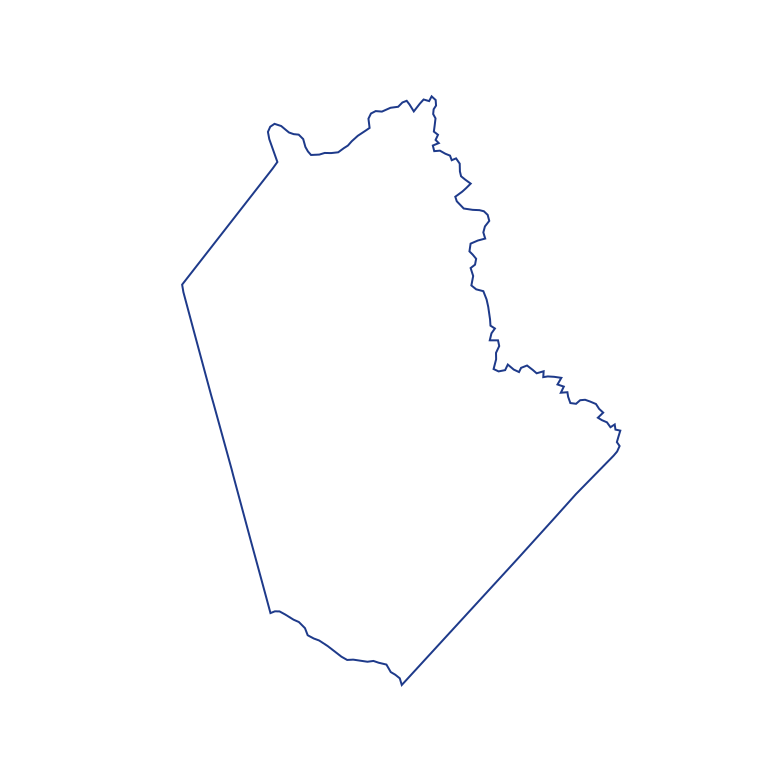 Presidente Sarney, Maranhão, Brazil (Mercator projection), rotated 156°
{"feature_id": "56859067B79345146659872", "entity_name": "Presidente Sarney", "entity_type": "district", "adm_level": 2, "iso_a3": "BRA", "parent_name": "Brazil", "parent_adm1": "Maranhão", "projection": "mercator", "projection_center": [-45.415, -2.592], "detail": "fine", "context": "isolated", "style": "outline", "palette": "blue", "viewbox_px": 768, "rotation_deg": 156, "n_neighbors": 0, "source": "geoboundaries", "source_scale": "gbopen_adm2", "svg_char_len": 2242}
<svg xmlns="http://www.w3.org/2000/svg" viewBox="0 0 768 768"><g transform="rotate(156 384 384)"><path d="M398.3,626.0L528.0,556.9L529.9,549.5L536.2,509.7L546.4,444.5L547.8,434.8L557.9,367.9L558.9,362.0L569.2,296.5L575.1,258.1L578.3,237.4L580.9,220.9L576.1,220.7L571.9,218.7L568.0,213.6L562.5,205.5L558.6,201.2L555.5,193.1L555.9,185.5L551.7,180.1L547.6,176.1L542.1,167.6L533.8,152.2L529.9,146.9L524.2,144.7L512.1,137.0L506.3,135.3L502.3,131.6L495.9,126.7L495.0,118.1L492.0,113.9L489.3,108.7L490.2,101.8L334.6,169.3L281.2,192.9L253.3,205.4L203.5,225.1L198.5,227.5L194.0,231.5L194.9,236.2L191.0,240.8L187.1,245.3L191.1,248.2L189.7,253.2L194.7,252.4L195.9,258.3L199.6,262.3L202.3,266.2L195.4,268.7L197.6,273.8L198.5,279.5L202.9,284.2L206.7,287.8L211.4,289.4L216.6,287.8L221.5,290.8L221.0,297.4L219.8,301.9L226.0,304.1L220.8,308.5L225.7,313.0L219.5,317.5L225.7,321.4L231.3,324.3L235.7,325.5L233.0,330.7L240.2,331.7L242.4,336.4L245.8,342.7L252.2,343.0L255.8,340.0L259.6,344.4L263.0,351.4L267.7,347.4L274.2,348.9L277.8,353.1L271.5,361.0L269.0,366.9L263.3,371.8L262.1,377.5L269.6,380.9L265.2,386.6L260.1,389.6L263.0,394.0L260.8,400.0L259.4,405.0L257.4,412.1L255.9,419.5L255.5,428.4L261.3,433.0L264.1,438.5L258.6,446.4L257.7,454.7L252.3,456.0L248.9,460.9L250.3,466.0L252.0,470.4L247.8,477.0L239.9,476.9L232.4,475.7L231.6,482.1L227.7,486.9L221.5,490.2L220.5,496.3L222.5,501.2L226.1,504.0L232.1,507.0L239.8,511.9L243.2,521.3L242.7,526.1L234.3,527.9L229.4,529.5L223.3,531.8L226.7,537.7L229.1,542.4L228.2,547.3L225.2,554.5L226.4,560.8L231.1,560.9L230.8,565.8L234.3,569.4L238.0,574.4L243.4,576.3L242.4,582.0L236.0,581.8L237.6,586.0L233.3,589.7L235.8,594.3L232.6,599.5L228.9,605.7L229.3,610.6L226.9,614.8L223.2,617.2L221.3,622.4L223.5,627.4L227.7,624.1L232.1,627.8L237.3,625.5L245.9,620.9L247.0,629.0L248.1,633.5L252.7,633.7L258.3,631.5L265.7,633.7L275.1,633.7L280.6,636.7L285.9,636.4L290.3,632.7L293.0,623.8L298.0,622.9L307.0,621.4L314.7,618.9L320.0,616.5L324.7,615.8L331.6,614.3L338.5,616.5L344.2,619.2L349.8,619.9L357.5,622.9L358.9,627.4L359.4,632.5L358.2,640.6L360.5,646.5L364.9,649.0L368.5,652.4L370.5,656.4L373.0,661.5L378.2,666.2L383.3,665.3L387.5,661.5L389.2,654.4L391.1,630.2L398.3,626.0Z" fill="none" stroke="#1e3a8a" stroke-width="2"/></g></svg>